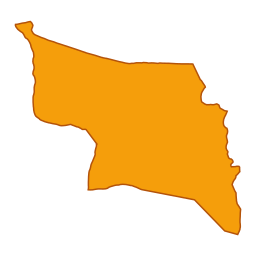 Derriere Lagoon, Anse-la-Raye, Saint Lucia (Mercator projection)
{"feature_id": "8701671B36493357542675", "entity_name": "Derriere Lagoon", "entity_type": "district", "adm_level": 2, "iso_a3": "LCA", "parent_name": "Saint Lucia", "parent_adm1": "Anse-la-Raye", "projection": "mercator", "projection_center": [-61.02, 13.942], "detail": "fine", "context": "isolated", "style": "filled", "palette": "amber", "viewbox_px": 256, "rotation_deg": 0, "n_neighbors": 0, "source": "geoboundaries", "source_scale": "gbopen_adm2", "svg_char_len": 4120}
<svg xmlns="http://www.w3.org/2000/svg" viewBox="0 0 256 256"><path d="M224.7,230.9L237.7,234.5L238.5,232.7L239.2,231.3L239.9,229.4L240.0,228.3L240.3,227.1L240.3,225.7L240.2,224.0L240.0,222.4L240.0,219.5L240.2,216.3L240.3,212.8L240.5,210.7L240.6,209.2L239.2,206.9L237.1,203.7L236.9,202.5L236.5,201.0L236.4,199.4L236.1,195.8L236.0,192.9L235.6,192.2L234.9,191.1L234.1,189.3L232.1,184.6L232.9,182.3L233.9,180.3L234.8,179.2L235.6,177.9L235.9,176.7L236.0,175.6L236.8,175.0L238.4,173.3L239.0,172.4L239.8,171.7L239.7,171.0L239.6,168.8L239.6,167.2L239.0,166.4L238.2,166.3L236.7,166.3L235.4,166.6L234.0,166.7L232.5,166.7L231.4,166.8L231.0,166.1L230.7,164.8L231.5,163.6L232.1,163.1L232.9,162.4L233.0,161.4L232.4,160.1L231.2,159.0L230.4,159.0L229.7,158.6L228.8,158.0L228.5,157.4L227.9,155.6L227.3,154.0L227.7,152.9L227.9,151.8L227.7,151.3L226.7,149.8L226.1,148.1L226.1,146.6L226.3,145.3L226.8,143.9L227.5,142.2L227.4,141.1L227.1,139.8L226.6,137.9L226.4,135.9L226.9,134.3L227.4,133.1L227.6,131.6L227.5,130.2L227.1,128.8L226.8,128.2L225.6,127.7L224.9,126.9L223.8,125.6L223.4,123.8L223.3,122.0L223.7,119.3L224.7,116.7L225.4,115.5L226.6,112.8L227.2,111.2L226.5,111.0L225.0,110.8L224.0,110.4L222.6,109.5L221.0,108.7L220.0,108.0L219.6,107.1L219.0,105.3L218.7,104.9L216.8,103.9L215.6,104.2L213.7,104.7L212.6,104.7L210.3,104.5L209.4,104.7L207.6,104.7L206.5,104.7L204.6,103.9L202.9,102.7L201.7,101.9L201.4,100.9L201.1,99.3L200.9,96.6L201.4,93.5L202.0,92.0L204.2,88.3L205.3,87.2L205.1,86.3L204.2,84.9L202.6,82.5L201.3,80.5L200.3,79.7L192.8,64.0L188.4,63.9L185.8,63.9L181.7,63.9L179.3,63.8L178.3,63.8L175.8,63.7L172.3,63.5L168.9,63.3L167.6,63.3L163.3,63.2L162.6,63.2L159.9,63.0L159.6,63.1L159.2,63.1L158.1,63.4L156.8,63.3L154.1,63.0L151.6,62.9L148.5,63.1L146.6,62.7L144.7,62.6L143.5,62.5L142.5,62.7L141.4,62.9L140.5,62.8L138.1,62.8L136.3,62.8L135.4,63.0L133.2,63.4L131.9,63.3L130.7,63.5L129.8,63.6L129.0,63.6L127.0,63.3L125.1,63.0L122.4,62.3L119.5,61.7L115.2,60.6L110.6,59.4L107.7,58.7L106.7,58.4L106.6,58.5L105.2,58.2L103.0,57.8L102.6,57.6L101.5,57.4L95.0,55.3L86.6,53.0L75.7,49.2L59.5,43.9L56.9,43.1L53.9,41.9L48.4,40.3L44.3,38.5L41.3,37.5L36.9,35.6L35.2,34.9L33.4,33.6L31.8,31.0L31.5,29.9L31.5,29.7L31.8,28.7L32.5,27.0L32.9,25.2L31.6,22.7L30.3,21.5L27.8,22.0L25.5,22.7L22.4,23.1L17.6,24.2L16.8,24.3L15.5,24.4L15.4,25.2L15.7,26.2L16.0,26.9L17.8,29.3L20.4,31.4L22.5,32.7L23.0,33.4L23.9,34.8L25.0,37.1L25.9,38.1L27.3,38.9L28.3,40.1L29.4,41.9L29.5,42.1L30.6,44.5L31.1,46.9L31.7,48.5L32.6,50.6L33.4,52.2L33.6,53.8L33.8,55.5L33.8,56.8L33.1,58.8L32.9,61.6L33.1,62.6L33.1,63.1L33.2,63.3L33.6,64.4L33.8,65.2L34.1,66.7L34.1,67.9L34.0,69.0L33.8,69.8L33.3,71.1L33.1,72.0L33.0,72.9L32.9,73.7L33.2,74.8L34.2,76.2L34.5,76.9L34.8,77.9L35.1,79.1L35.3,80.1L35.4,81.5L35.4,82.6L35.1,83.8L34.6,85.2L34.4,86.4L34.2,87.4L34.2,88.6L34.2,90.0L34.3,90.9L34.2,92.6L33.8,94.3L33.5,95.3L33.4,95.6L33.3,95.8L33.1,97.4L33.1,99.8L33.1,102.0L33.2,103.5L33.3,105.1L33.4,106.7L33.6,107.9L33.7,109.9L34.1,111.8L34.3,112.7L35.1,114.9L35.9,116.2L37.1,117.2L39.3,118.7L39.7,119.3L41.1,120.2L43.0,120.9L44.6,121.6L46.3,122.1L47.7,122.5L48.8,122.8L49.6,122.9L50.9,123.2L52.5,123.6L54.2,123.9L56.1,124.2L57.5,124.6L59.6,125.4L61.1,125.7L63.4,125.6L65.5,125.4L68.1,124.9L69.4,124.6L70.8,124.4L71.6,124.8L72.8,125.3L74.3,125.8L75.2,126.2L76.8,126.8L78.0,127.0L78.8,127.3L79.6,127.8L80.3,128.1L81.0,128.5L81.3,128.7L82.3,129.4L83.8,129.4L85.1,129.3L86.1,129.6L96.8,143.9L96.4,144.0L96.5,145.3L96.3,146.8L95.8,148.3L95.3,150.5L95.1,151.6L95.0,152.4L95.2,153.9L95.1,154.9L94.7,156.1L93.5,159.0L92.6,161.3L91.5,163.6L91.0,165.0L90.5,167.5L90.0,169.4L89.4,170.6L89.0,172.2L88.8,174.0L88.6,176.4L88.5,179.4L88.4,182.2L88.4,185.3L88.5,187.0L88.4,188.8L88.2,189.3L88.2,189.8L90.6,189.9L92.7,189.8L94.8,189.4L96.6,189.1L98.7,188.9L100.6,188.9L102.9,189.0L105.6,188.8L107.4,188.3L109.2,187.1L111.3,186.4L114.8,185.4L116.4,185.1L118.8,185.0L120.4,184.5L122.7,184.3L125.9,184.5L128.5,185.0L130.7,185.5L132.1,185.6L133.0,186.0L133.6,186.3L134.1,186.4L134.5,186.6L136.0,187.1L137.8,187.9L140.3,189.1L141.7,189.6L194.5,199.8L224.7,230.9Z" fill="#f59e0b" stroke="#b45309" stroke-width="1.5"/></svg>